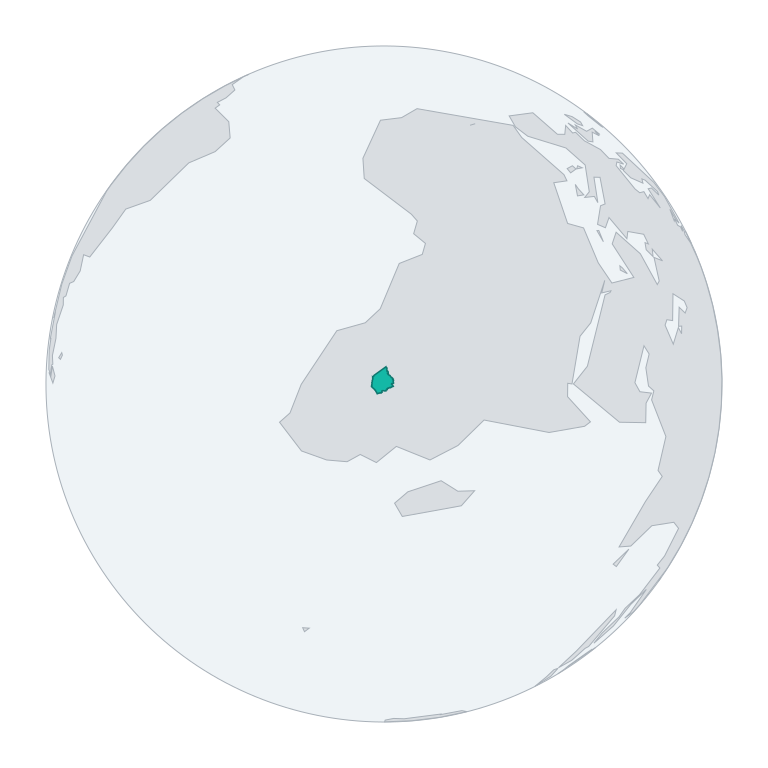 globe centered on Western, rotated 55°
{"feature_id": "ZMB-523", "entity_name": "Western", "entity_type": "Province", "adm_level": 1, "iso_a3": "ZMB", "parent_name": "Zambia", "parent_adm1": "", "projection": "orthographic", "projection_center": [24.246, -15.661], "detail": "fine", "context": "on_globe", "style": "filled", "palette": "teal", "viewbox_px": 768, "rotation_deg": 55, "n_neighbors": 0, "source": "natural_earth", "source_scale": "10m", "svg_char_len": 8101}
<svg xmlns="http://www.w3.org/2000/svg" viewBox="0 0 768 768"><g transform="rotate(55 384 384)"><circle cx="384" cy="384" r="338" fill="#eef3f6" stroke="#a8b0b8"/><path d="M52.4,318.8L52.7,317.4L51.7,322.5L51.7,336.6L57.6,337.5L59.0,349.3L57.7,359.0L61.1,358.5L61.2,364.1L80.1,360.7L94.2,368.9L96.8,389.0L90.9,417.1L99.5,470.1L92.6,495.2L100.3,516.9L111.2,552.2L105.8,555.9L117.1,568.0L122.1,579.4L121.2,583.8L129.4,594.0L129.2,597.0L135.3,601.4L147.5,618.0L158.5,626.6L170.5,639.3L177.8,643.9L177.7,645.0L181.0,648.4L185.4,651.6L179.8,650.2L164.1,638.7L155.7,630.8L155.5,631.4L136.2,611.5L140.5,616.8L117.2,590.4L100.1,566.1L66.9,500.6L64.3,493.4L57.0,469.2L51.5,444.5L47.9,419.5L46.2,394.3L46.4,369.0L48.5,343.8L52.4,318.8ZM193.3,654.7L182.3,651.8L186.6,652.5L179.2,645.4L188.7,648.9L193.3,654.7ZM175.9,635.4L173.5,630.0L175.9,630.9L178.2,634.9L175.9,635.4ZM481.2,60.4L483.3,61.1L485.7,61.8L484.7,61.4L508.1,69.7L530.8,79.7L552.8,91.2L573.8,104.4L593.8,119.1L612.7,135.2L630.3,152.6L646.6,171.3L661.5,191.2L674.9,212.0L686.7,233.8L696.9,256.5L698.7,261.6L711.5,300.9L713.7,310.3L713.9,321.1L712.6,313.6L702.7,286.9L706.1,308.4L713.8,334.9L716.7,360.8L713.1,348.1L709.6,325.2L706.0,315.1L703.2,295.6L693.0,263.6L689.1,264.0L685.8,252.8L671.2,225.5L663.5,225.9L653.7,245.9L658.3,274.8L652.3,284.9L630.2,237.2L619.3,209.1L612.0,209.1L588.7,183.2L550.5,173.9L544.4,166.9L537.4,168.5L520.9,160.2L511.5,149.6L501.8,149.1L526.8,177.7L537.1,178.8L544.9,170.1L550.0,180.3L565.8,191.8L550.4,213.0L492.6,228.8L486.1,207.2L437.8,151.8L438.7,146.4L438.5,145.8L437.8,144.6L434.3,153.4L425.7,143.7L452.5,179.6L457.3,196.0L491.8,230.0L488.8,233.1L499.7,240.9L533.4,236.6L533.7,243.9L518.4,276.6L470.9,322.7L476.8,358.7L472.6,389.9L442.2,409.7L444.0,435.3L428.1,443.9L426.5,458.8L413.3,474.6L391.5,490.0L355.4,491.5L353.8,477.6L336.8,452.0L313.3,392.1L323.1,364.2L320.2,343.9L294.0,302.4L299.8,278.3L292.6,269.4L277.9,273.5L269.6,263.2L260.6,264.2L204.3,282.3L187.0,271.8L165.9,235.6L175.9,216.8L177.4,199.0L246.2,129.9L261.1,129.8L315.7,116.5L322.5,117.6L316.5,129.5L357.8,141.5L370.6,131.0L407.6,139.0L432.0,139.4L440.0,118.2L400.1,116.7L392.8,106.8L424.4,99.3L459.3,103.1L457.5,99.5L435.2,90.2L442.9,85.2L427.4,86.9L433.9,90.5L424.4,92.2L417.9,89.1L420.9,87.1L410.3,85.4L398.9,96.8L404.3,101.7L376.7,104.2L383.0,113.0L375.7,117.5L362.2,104.4L363.3,99.6L338.6,88.5L335.0,93.4L358.1,104.8L351.0,104.1L346.3,112.6L344.3,105.6L320.0,93.6L295.0,99.6L263.5,124.1L248.8,128.8L236.2,127.7L247.2,106.5L278.9,98.7L283.2,92.7L276.4,86.9L286.6,85.5L287.7,82.7L299.7,80.4L316.1,72.2L328.2,70.3L334.3,63.1L341.4,61.6L335.7,65.9L338.3,68.6L368.3,66.5L374.0,64.8L375.5,60.8L383.6,61.4L381.3,57.8L398.3,56.7L375.6,55.6L376.8,52.5L386.9,50.5L383.2,49.6L366.8,53.2L363.9,55.1L368.0,56.7L356.6,63.6L346.4,65.5L342.8,58.8L327.9,61.2L331.6,56.3L373.7,47.3L391.4,46.7L421.5,50.0L417.6,50.8L404.8,49.6L416.9,52.7L415.8,51.4L422.5,52.4L425.3,51.0L430.2,51.8L424.6,49.6L430.9,50.4L434.4,51.8L444.0,51.9L457.0,54.3L456.8,54.1L452.9,53.2L472.0,57.7L471.3,57.6L481.2,60.4ZM223.1,160.0L221.4,165.1L223.1,160.0ZM497.0,120.0L517.3,124.2L506.6,110.5L513.5,111.4L507.3,106.9L505.7,109.6L490.4,98.2L498.6,96.6L495.3,91.9L488.3,90.4L475.8,95.5L497.6,111.2L493.6,115.4L497.0,120.0ZM52.9,316.9L52.5,319.3L52.0,321.0L52.9,316.9ZM282.1,72.7L286.3,73.1L281.8,76.4L266.5,81.6L272.8,76.6L282.1,72.7ZM293.2,73.1L293.9,66.6L303.5,64.0L298.0,66.3L304.2,65.3L297.1,69.0L305.5,74.0L302.1,77.5L275.7,83.6L286.2,79.2L281.5,78.7L293.2,73.1ZM278.9,63.2L279.4,62.7L299.5,57.3L296.8,58.5L281.3,63.0L275.5,64.3L278.9,63.2ZM330.2,112.8L335.5,112.9L343.7,111.8L340.9,117.6L330.2,112.8ZM313.3,104.5L318.0,103.4L318.1,110.0L312.6,110.4L313.3,104.5ZM320.6,97.6L318.3,102.8L316.3,100.2L320.6,97.6ZM340.1,65.0L345.2,64.1L345.8,65.0L343.0,66.7L340.1,65.0ZM433.2,121.4L426.2,125.1L422.5,123.0L425.7,122.1L433.2,121.4ZM381.4,120.0L393.3,122.7L380.5,121.6L381.4,120.0ZM541.1,585.3L541.3,591.2L537.0,590.4L541.1,585.3ZM528.1,390.5L503.0,445.0L487.7,443.7L486.0,426.3L496.0,392.7L514.2,385.0L523.4,371.0L528.1,390.5ZM717.4,439.1L717.5,438.7L717.4,439.1ZM718.2,433.7L717.0,418.6L715.5,408.8L716.7,404.5L719.1,415.1L718.2,433.7ZM716.5,403.9L713.1,379.6L702.1,323.4L706.2,328.1L716.4,366.9L715.9,370.9L718.0,388.5L716.5,403.9ZM721.1,407.9L721.1,400.3L720.6,394.3L720.5,373.2L720.6,365.3L721.3,368.6L721.2,361.8L721.1,407.9ZM659.7,278.1L666.8,298.4L663.0,299.6L659.7,278.1ZM703.0,272.5L702.9,272.3L701.5,268.3L703.0,272.5ZM440.4,50.8L445.2,51.7L431.7,49.5L431.4,49.4L440.4,50.8ZM661.1,577.3L660.0,575.8L663.5,567.9L669.8,559.5L687.4,525.9L686.9,528.1L696.2,507.6L699.9,504.0L689.0,529.5L676.0,554.0L661.1,577.3Z" fill="#d9dde1" stroke="#a8b0b8" stroke-width="1"/><path d="M371.4,387.6L371.5,387.6L371.3,387.2L371.2,387.0L371.2,386.9L371.0,372.5L371.3,372.6L371.5,372.8L371.8,372.9L372.1,372.7L372.3,372.6L372.4,372.4L372.5,372.4L372.8,372.5L373.6,373.2L374.0,373.5L374.3,373.7L374.5,373.7L374.5,373.8L374.8,374.0L375.0,374.1L375.3,374.2L375.4,373.7L375.8,373.6L376.0,373.5L376.7,373.8L376.8,374.0L377.0,374.2L377.3,374.1L377.5,374.2L377.5,374.4L377.5,374.5L378.1,374.6L378.1,374.8L377.9,375.0L378.2,375.0L378.4,375.2L378.5,375.2L378.9,375.0L379.0,375.0L379.2,374.8L379.4,374.7L380.0,374.6L380.3,374.3L380.5,374.3L380.7,374.2L380.8,374.2L381.0,374.3L381.3,374.2L381.6,374.0L381.6,373.9L381.6,374.1L381.8,374.2L382.0,374.2L382.3,374.1L382.5,374.2L382.8,374.0L383.0,374.1L383.1,373.9L383.3,373.9L383.5,373.8L383.7,373.7L383.8,373.7L384.0,373.7L384.2,373.8L384.3,373.8L384.3,373.7L384.5,373.7L384.5,373.8L384.8,374.0L384.8,373.9L385.0,374.0L385.1,373.9L385.3,373.9L385.2,373.8L385.3,373.8L385.4,373.7L385.6,373.9L385.7,374.0L385.8,374.1L386.0,374.1L386.4,374.0L386.7,374.3L386.7,374.5L386.8,374.9L387.2,375.0L387.3,375.1L387.6,375.1L388.3,375.5L388.6,375.5L388.8,375.6L388.8,375.9L388.8,376.1L388.7,376.2L388.6,376.3L388.6,376.7L388.5,376.8L388.3,376.9L388.2,377.0L388.1,377.3L388.1,377.5L388.3,377.9L388.5,378.0L388.8,377.9L389.2,377.9L389.4,377.9L389.7,377.8L389.9,377.7L390.1,377.6L390.5,377.7L390.8,377.8L391.1,377.8L391.2,377.7L391.3,377.7L391.3,377.8L391.2,377.9L391.1,378.1L391.0,378.3L391.1,378.6L391.0,378.8L390.9,378.9L390.9,379.0L390.7,379.3L390.7,379.5L390.9,379.9L390.9,380.2L390.8,380.4L390.8,380.5L390.6,380.6L390.7,380.8L390.4,380.9L390.1,381.2L390.1,381.3L390.1,381.5L390.1,381.9L390.2,382.0L390.1,382.4L390.1,382.6L390.0,382.9L389.9,382.9L389.7,382.9L389.7,383.0L389.8,383.2L389.8,383.3L389.6,383.6L389.8,383.9L389.9,384.0L389.7,384.2L389.7,384.4L389.9,384.5L390.0,384.6L390.3,384.4L390.5,384.5L390.4,385.3L390.3,385.6L390.3,385.8L390.2,386.0L390.3,386.3L390.5,386.4L390.7,386.5L390.5,386.8L390.4,386.8L390.3,387.0L390.2,387.2L390.1,387.3L390.0,387.6L389.9,387.7L389.7,387.8L389.5,388.0L389.4,388.1L389.2,388.2L389.1,388.3L388.5,389.0L388.4,389.1L388.2,389.2L388.3,389.2L388.3,389.3L388.6,389.6L388.7,389.8L388.8,389.9L388.8,390.0L389.5,390.1L389.7,390.3L389.6,390.6L389.8,391.4L389.8,391.5L389.7,391.7L389.6,391.8L389.3,391.9L389.2,391.9L389.1,392.0L389.1,392.4L389.0,392.5L388.8,392.6L388.7,392.9L388.7,393.0L388.8,393.1L388.7,393.4L388.6,393.5L388.4,393.8L388.4,394.2L388.4,394.3L388.3,394.5L388.2,394.7L388.1,394.8L388.1,395.2L387.9,395.2L387.7,395.0L387.3,395.0L387.1,395.0L387.0,394.9L386.9,394.9L386.5,394.8L386.2,394.8L385.9,395.0L385.7,395.0L385.6,394.9L385.4,394.9L385.1,394.8L384.9,394.7L384.7,394.7L384.4,394.8L384.4,394.7L384.1,394.7L383.9,394.7L379.7,395.6L379.1,395.7L379.1,395.4L378.9,395.2L378.6,395.1L378.4,395.0L378.2,395.1L378.0,394.9L378.0,394.7L377.9,394.7L377.7,394.6L377.4,394.3L377.3,394.1L377.2,394.0L377.2,393.9L377.0,393.6L376.9,393.6L376.6,393.5L376.3,393.4L376.1,393.3L375.9,393.1L375.7,393.0L375.7,392.9L375.5,392.6L375.5,392.4L375.3,392.3L375.1,392.0L375.0,391.9L374.7,391.8L374.5,391.7L374.3,391.4L374.2,391.4L374.1,391.1L373.7,390.5L373.6,390.4L373.4,390.4L373.3,390.2L373.2,390.0L373.0,389.9L372.9,389.9L372.8,390.0L372.7,390.0L372.2,389.6L372.1,389.3L371.9,389.3L371.9,389.2L371.8,388.8L371.7,388.8L371.8,388.7L371.8,388.4L371.6,388.2L371.5,387.9L371.4,387.6L371.4,387.6Z" fill="#14b8a6" stroke="#0f766e" stroke-width="1.5"/></g></svg>